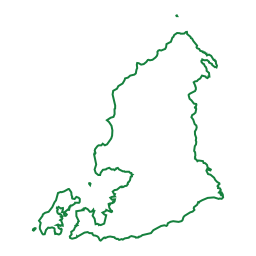 the district of Kupang, Nusa Tenggara Timur, Indonesia
{"feature_id": "22746128B27765258797580", "entity_name": "Kupang", "entity_type": "district", "adm_level": 2, "iso_a3": "IDN", "parent_name": "Indonesia", "parent_adm1": "Nusa Tenggara Timur", "projection": "orthographic", "projection_center": [123.766, -9.812], "detail": "fine", "context": "isolated", "style": "outline", "palette": "green", "viewbox_px": 256, "rotation_deg": 0, "n_neighbors": 0, "source": "geoboundaries", "source_scale": "gbopen_adm2", "svg_char_len": 5838}
<svg xmlns="http://www.w3.org/2000/svg" viewBox="0 0 256 256"><path d="M84.2,208.3L83.7,209.9L83.2,209.5L83.1,210.0L82.3,209.9L82.3,210.3L76.3,211.2L76.4,216.2L78.8,221.2L78.1,221.7L77.9,223.0L76.7,224.2L77.5,225.2L75.7,225.7L76.1,226.2L75.0,227.2L73.9,229.9L71.2,231.9L71.6,234.4L69.8,236.4L70.1,237.9L72.1,238.7L75.8,237.8L77.1,237.0L77.1,236.3L77.5,236.6L84.5,232.6L87.7,232.1L89.4,233.1L92.3,233.2L92.6,234.4L93.6,235.4L95.4,235.6L97.4,236.4L98.4,237.3L99.8,240.2L100.7,240.6L103.7,237.8L104.8,237.5L105.2,238.1L107.8,236.9L110.1,236.5L114.5,237.3L114.8,238.0L116.8,239.0L117.8,238.8L119.1,239.9L121.8,239.1L122.8,239.6L124.7,238.4L128.8,237.7L129.4,236.9L131.4,236.1L135.1,236.9L136.0,237.7L137.1,237.3L137.9,237.6L138.8,237.2L138.9,236.7L140.6,236.4L142.4,235.1L151.0,233.1L153.3,230.2L161.1,226.0L164.3,225.3L166.5,225.9L167.3,225.2L167.8,223.3L170.5,221.8L173.2,221.2L178.6,221.9L181.6,221.1L182.6,220.0L183.4,217.3L184.5,215.9L190.3,212.3L192.6,211.6L194.4,209.9L193.7,208.3L194.0,207.2L197.2,204.7L198.2,202.1L199.1,202.4L199.3,201.8L202.2,200.2L207.7,197.9L214.0,197.4L218.8,198.9L219.5,198.5L221.7,198.8L223.1,197.4L222.8,195.0L221.3,195.4L220.6,194.5L220.6,193.7L222.1,193.4L221.5,192.3L220.7,192.2L219.7,192.9L218.9,192.6L220.8,190.0L220.0,188.4L218.1,188.1L218.3,186.8L217.6,186.4L217.7,185.7L219.5,184.0L219.3,183.2L217.1,181.9L215.3,180.0L214.1,177.7L210.5,174.7L208.1,174.1L206.4,170.7L206.9,169.4L210.4,170.4L210.8,169.5L207.7,167.7L207.0,164.9L205.2,163.2L203.6,163.0L202.9,161.1L198.7,160.5L197.4,161.2L196.8,160.1L195.0,158.7L195.3,158.0L194.9,157.1L195.4,155.5L195.1,152.2L194.3,151.3L194.2,150.4L194.8,146.2L196.0,144.4L196.3,141.8L195.8,140.5L196.2,137.9L195.0,134.4L194.9,131.5L196.2,129.3L196.7,127.3L196.3,125.5L194.7,124.1L193.2,119.6L191.4,117.2L192.3,114.9L193.6,114.3L195.5,112.6L196.2,109.0L196.0,108.0L195.1,107.9L194.9,107.3L196.0,106.2L196.4,104.8L196.2,104.0L193.9,103.6L191.5,100.4L189.6,98.8L188.7,95.6L188.7,94.7L190.0,93.6L195.1,91.0L195.9,89.2L195.8,87.2L195.3,86.6L195.3,85.8L193.7,82.3L195.0,81.4L197.0,81.1L198.2,79.7L200.2,78.5L202.0,75.6L205.5,76.5L206.2,77.5L207.4,78.1L208.3,77.3L208.4,76.4L209.4,76.5L209.0,72.9L206.6,70.8L206.6,69.0L205.8,67.0L205.0,66.4L203.8,63.9L202.8,63.6L201.4,61.8L201.5,60.6L202.1,60.3L202.3,59.4L204.3,60.3L207.1,60.1L209.0,61.6L209.0,62.5L212.0,64.0L212.2,65.0L215.0,67.2L216.0,66.9L216.5,67.3L217.0,65.7L216.0,63.6L215.8,61.2L215.0,61.0L214.6,59.8L213.6,59.9L211.2,55.9L209.0,54.6L207.0,55.4L206.5,53.7L205.9,54.0L204.8,52.5L204.5,52.9L202.8,52.2L202.8,51.5L200.2,50.8L199.2,49.0L197.1,48.2L196.5,47.2L197.1,45.6L193.4,41.1L192.1,38.6L190.9,38.1L190.5,36.8L187.2,34.1L186.9,31.9L186.0,32.0L184.1,33.6L180.7,33.7L179.8,33.2L177.1,33.0L174.2,35.0L173.4,36.9L172.4,37.6L170.9,41.8L166.5,44.1L166.1,47.1L165.2,48.9L161.2,50.5L159.6,50.1L158.3,50.6L157.4,51.9L157.6,53.6L157.0,55.7L155.5,57.5L152.5,59.8L149.9,60.3L148.7,59.8L147.8,60.0L146.3,62.0L143.7,64.1L141.1,64.6L138.7,63.2L137.2,63.0L136.8,64.7L137.2,68.1L136.5,69.6L135.8,73.4L134.4,74.6L130.2,75.6L128.0,77.6L125.1,78.4L124.5,80.3L122.6,83.5L118.3,86.1L117.0,88.7L113.2,90.8L112.6,94.5L115.2,105.6L115.1,108.6L114.5,109.1L114.6,114.1L113.5,116.9L110.7,117.7L106.9,120.2L109.0,122.0L111.5,125.8L112.4,130.4L112.1,135.7L111.2,138.5L107.1,144.3L104.9,145.3L102.7,143.7L101.5,145.2L101.9,145.8L101.3,145.3L98.6,145.3L97.4,146.2L95.2,149.0L94.7,150.7L95.5,153.0L94.9,154.0L94.3,153.7L94.1,154.4L96.2,164.5L94.6,169.5L95.7,172.9L98.3,175.0L100.1,175.0L100.7,172.8L102.9,169.8L106.0,169.4L106.5,168.8L109.2,167.8L111.5,169.5L113.8,169.4L114.5,170.1L116.1,169.0L116.2,168.4L117.8,167.9L119.0,169.4L122.8,171.3L124.4,171.3L124.9,171.8L129.0,171.7L129.9,172.7L131.3,173.0L131.5,174.2L132.5,174.6L131.7,175.3L131.9,176.4L130.7,176.8L130.0,180.2L128.7,182.1L128.0,182.4L127.6,183.7L127.9,184.1L126.6,185.8L125.0,186.0L123.0,187.1L121.8,187.2L121.7,186.5L120.5,186.8L116.9,189.7L114.5,190.1L112.7,191.6L114.0,193.9L115.0,194.1L114.3,195.8L114.9,196.5L111.8,196.9L110.3,197.7L111.8,199.5L115.0,199.3L114.6,201.3L113.8,202.3L113.1,201.6L112.4,203.1L110.8,203.3L110.1,204.4L109.4,203.6L108.6,204.0L109.4,207.9L111.0,210.5L112.0,210.9L112.1,211.6L111.3,212.1L106.3,209.9L106.2,210.6L105.1,211.4L102.5,212.6L104.5,214.6L106.2,215.2L104.2,223.6L100.7,225.1L99.7,224.7L98.9,225.1L98.5,224.3L97.4,223.8L95.6,224.2L94.6,218.7L92.6,215.7L94.2,211.2L93.6,211.3L93.3,209.7L91.7,211.6L89.9,211.8L87.7,209.2L85.4,208.0L84.8,208.5L84.2,208.3ZM69.1,189.1L68.4,189.0L63.9,191.5L61.5,192.2L60.6,192.0L58.0,193.0L56.0,200.3L54.5,202.3L52.3,207.1L48.6,211.8L45.1,212.8L42.9,214.4L42.5,215.9L39.0,220.7L40.7,222.9L39.8,226.7L39.9,228.9L42.2,233.5L43.1,234.4L44.7,234.2L46.0,230.0L48.2,227.6L49.8,227.9L52.1,227.4L54.0,228.1L54.6,228.8L54.6,231.3L55.2,232.4L54.9,232.9L55.2,234.0L56.4,233.8L58.9,234.5L60.5,233.6L61.4,231.5L61.7,229.3L61.2,228.8L60.6,229.2L58.7,228.0L57.8,225.1L57.0,225.0L58.1,224.5L60.6,225.9L61.1,225.2L62.7,225.7L62.7,224.6L61.2,220.7L60.2,220.1L60.7,219.7L61.3,220.4L62.4,218.4L62.1,217.6L61.0,216.9L61.9,216.4L61.4,216.2L61.8,215.8L61.1,214.6L59.9,214.4L59.8,213.7L58.5,213.9L57.4,212.6L57.3,211.1L56.7,211.6L57.8,209.6L56.8,208.2L56.9,207.8L57.5,208.2L58.5,206.9L60.7,208.4L62.9,208.0L63.0,209.1L62.1,212.1L64.3,212.4L68.0,209.4L68.4,209.9L69.1,209.9L69.5,208.2L69.1,207.3L70.0,206.1L70.5,206.4L70.9,205.4L72.2,205.4L74.8,203.6L75.1,202.7L79.0,202.8L79.7,201.9L79.8,199.0L78.7,197.8L76.4,196.9L74.6,199.0L72.4,198.6L72.0,197.8L72.2,196.8L71.5,195.2L71.3,192.4L69.1,189.1ZM65.2,212.9L64.0,214.0L64.4,215.6L65.2,215.9L66.2,215.5L66.8,214.5L65.2,212.9ZM36.3,228.2L34.5,228.2L33.0,229.3L32.9,230.2L33.7,230.6L34.9,229.4L34.7,229.0L36.3,228.2ZM89.9,183.1L89.2,183.2L89.1,183.8L90.1,185.1L90.5,183.7L89.9,183.1ZM177.2,16.1L176.8,15.4L176.4,15.6L176.6,16.1L177.2,16.1Z" fill="none" stroke="#15803d" stroke-width="2"/></svg>